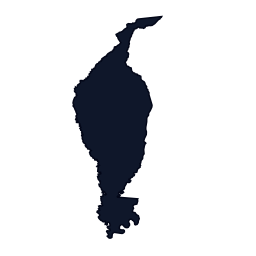 the district of Cumaral, Meta, Colombia, rotated 81°
{"feature_id": "7082276B27464538286793", "entity_name": "Cumaral", "entity_type": "district", "adm_level": 2, "iso_a3": "COL", "parent_name": "Colombia", "parent_adm1": "Meta", "projection": "robinson", "projection_center": [-73.341, 4.26], "detail": "fine", "context": "isolated", "style": "filled", "palette": "ink", "viewbox_px": 256, "rotation_deg": 81, "n_neighbors": 0, "source": "geoboundaries", "source_scale": "gbopen_adm2", "svg_char_len": 5938}
<svg xmlns="http://www.w3.org/2000/svg" viewBox="0 0 256 256"><g transform="rotate(81 128 128)"><path d="M23.2,77.3L22.0,101.1L22.3,102.0L23.3,103.1L24.4,103.3L25.8,105.6L25.1,106.7L25.8,108.0L25.0,111.4L25.4,112.5L25.8,113.0L28.4,113.0L29.1,113.8L29.9,116.0L31.8,118.5L32.2,120.3L32.2,121.6L32.6,121.9L33.7,125.1L35.4,124.8L35.5,124.0L38.3,123.7L42.6,121.7L44.3,123.6L44.6,124.8L45.9,126.9L45.8,127.8L46.1,127.8L45.8,128.2L46.1,128.8L46.6,128.7L47.1,129.2L48.6,129.8L48.6,130.4L49.4,130.8L49.6,131.6L50.3,131.9L50.2,133.2L51.5,136.2L53.4,138.3L53.8,138.1L53.9,139.6L55.5,142.9L56.5,142.9L56.7,143.6L57.6,143.9L57.6,144.7L58.3,145.6L58.5,146.5L59.2,146.7L59.7,147.3L59.7,148.3L60.5,149.6L64.1,151.7L63.8,152.4L64.5,152.9L64.5,154.5L66.2,154.7L66.8,156.3L67.7,155.8L67.4,156.0L68.0,156.4L68.5,157.8L69.6,158.1L70.4,157.9L71.2,158.8L71.0,159.5L71.5,159.5L72.0,160.3L72.3,159.9L72.5,160.3L72.4,160.9L72.8,161.1L72.6,161.4L73.0,161.4L72.7,161.8L73.3,162.2L73.3,162.8L73.8,163.8L74.3,164.1L74.5,165.2L73.9,165.9L73.7,167.7L74.2,168.0L75.0,167.6L76.4,168.3L77.5,170.7L77.9,170.5L78.5,171.5L79.4,171.5L79.8,171.9L79.9,172.7L79.4,173.3L79.7,173.3L80.9,174.7L82.3,174.3L83.1,174.6L83.1,175.0L83.7,175.0L85.3,173.7L87.0,173.9L87.6,173.4L88.3,174.2L89.2,174.5L89.4,175.6L89.9,176.1L92.3,177.5L94.7,178.4L96.6,178.0L96.9,178.4L97.3,178.1L97.8,178.7L99.4,177.8L102.0,177.3L102.4,176.8L103.7,176.9L106.1,176.3L106.4,175.8L108.1,177.5L109.3,177.2L110.8,178.0L110.7,177.4L111.6,177.9L111.6,177.2L112.2,177.3L112.3,177.6L113.0,176.9L113.5,177.5L113.6,176.9L114.5,177.7L114.7,177.1L114.5,176.5L114.1,176.7L114.2,176.2L115.5,175.5L116.6,174.9L117.0,175.4L118.2,174.9L118.5,175.6L119.9,174.4L121.0,175.5L121.4,175.1L122.9,175.0L123.1,174.4L125.2,173.9L125.4,174.5L126.3,174.4L126.3,174.8L126.7,173.7L127.5,173.4L127.8,173.6L127.5,174.0L127.8,174.2L127.8,174.8L128.4,175.0L129.2,174.4L131.4,174.9L133.7,174.2L134.1,174.6L134.7,174.5L136.3,173.6L136.8,172.7L137.9,172.4L138.8,172.9L139.3,172.2L139.9,172.5L141.1,171.2L142.3,171.1L143.0,169.1L143.9,168.4L144.6,168.8L144.7,168.1L146.2,169.8L146.7,169.8L147.4,169.2L148.0,169.6L148.7,169.2L149.5,169.2L151.1,167.4L152.3,167.2L152.5,166.3L153.0,165.8L154.3,165.8L154.6,164.8L154.3,164.6L154.1,163.7L154.4,163.4L155.1,163.6L155.5,163.0L156.1,163.2L156.4,162.5L156.7,162.8L157.4,162.4L158.7,163.4L159.6,163.1L160.2,162.3L160.4,163.0L160.8,163.1L160.6,164.2L161.2,164.8L161.9,163.3L162.5,163.4L163.0,163.9L166.2,164.7L166.9,163.8L167.3,163.7L167.4,162.0L168.9,162.0L169.2,162.4L169.2,163.1L168.7,163.5L169.2,164.0L169.0,164.4L169.5,164.4L169.7,164.9L171.3,164.3L171.6,164.7L171.4,165.6L173.9,165.4L175.9,164.3L175.9,163.8L176.3,163.6L176.8,164.1L177.9,163.9L178.9,164.3L179.3,164.9L179.1,165.5L180.3,165.4L181.0,165.3L182.8,163.9L184.5,163.8L186.0,163.1L186.7,162.1L187.3,163.4L187.5,163.1L188.0,163.3L188.1,162.5L187.6,162.2L187.7,160.9L189.1,160.5L190.0,159.8L190.6,160.6L190.5,161.0L190.0,161.0L189.2,162.6L189.9,163.1L191.6,163.5L191.6,165.5L193.3,165.4L193.7,165.9L194.5,165.7L195.4,165.9L197.3,165.1L198.4,166.0L200.4,165.2L201.0,166.2L200.3,167.6L200.6,169.2L202.4,168.8L202.9,168.9L203.1,169.5L203.6,169.0L203.9,169.5L204.8,168.9L205.2,169.5L205.2,171.2L206.2,171.8L208.9,169.5L210.1,169.6L211.3,171.2L212.8,170.8L215.0,169.2L215.6,168.2L216.7,167.3L216.9,166.3L216.2,165.1L216.5,164.6L219.6,165.6L219.7,164.8L220.5,164.1L219.8,163.3L218.3,163.4L218.0,163.2L217.9,161.9L218.6,161.2L221.3,160.8L221.9,161.4L222.1,163.6L222.9,164.0L224.4,163.1L224.9,162.4L224.9,161.8L226.3,161.6L226.8,162.3L226.2,164.8L226.9,165.3L230.1,163.9L231.2,164.4L231.6,165.4L233.4,164.2L233.9,163.3L234.0,162.2L233.5,161.0L230.2,160.1L229.4,159.2L228.9,157.9L231.0,151.2L231.2,149.9L230.8,148.8L230.0,147.8L228.7,147.7L228.0,148.4L227.5,151.1L226.8,152.0L225.5,152.3L223.4,151.5L222.5,150.2L222.5,148.9L223.0,148.2L225.1,146.9L225.9,145.9L226.3,144.6L226.1,143.3L224.3,141.7L223.0,141.5L221.2,142.1L220.2,142.0L219.5,141.7L218.6,140.6L218.5,139.3L218.8,138.6L219.9,138.0L220.2,137.4L221.7,136.4L224.3,136.4L224.8,135.9L224.6,134.1L223.1,132.8L221.2,132.3L219.4,131.1L216.3,131.5L214.8,133.3L212.7,134.3L212.3,135.6L211.4,136.8L209.3,136.0L208.3,135.1L205.8,135.5L204.7,134.1L204.5,131.2L201.6,129.8L200.3,129.9L199.5,129.4L194.7,149.2L194.0,149.3L193.5,148.7L194.0,147.4L193.5,146.4L192.8,146.4L191.6,147.6L190.7,147.5L190.1,146.9L190.2,146.1L191.4,145.4L191.8,144.6L191.6,143.7L190.8,142.4L190.2,142.7L189.9,145.3L189.3,145.3L188.6,143.0L187.4,141.2L185.5,140.7L183.0,138.6L181.8,138.2L181.6,137.3L182.0,135.2L181.4,134.0L180.2,133.5L179.7,134.1L179.4,135.2L178.8,135.2L178.1,133.5L177.3,132.4L177.2,131.4L176.4,130.9L176.0,129.4L175.2,128.9L174.2,129.7L173.4,129.4L172.9,126.2L170.1,125.0L168.5,122.1L167.4,122.2L167.0,121.5L165.0,121.8L164.6,121.0L162.2,120.2L160.6,118.4L158.0,117.8L156.7,117.0L156.1,116.2L151.8,115.9L148.1,114.6L146.2,113.5L146.0,112.9L145.3,113.0L144.3,114.2L143.1,114.4L140.9,113.4L137.4,111.0L134.6,110.4L132.1,110.7L129.9,110.3L124.9,108.6L121.5,108.0L120.1,107.4L118.7,105.8L116.3,105.2L114.4,103.4L111.0,101.2L109.2,100.7L98.5,102.1L96.3,101.8L94.5,102.6L93.2,102.5L91.8,103.7L90.1,103.1L87.8,104.3L86.3,104.3L84.9,104.9L83.3,106.8L82.0,107.6L78.9,107.3L77.5,109.4L77.4,110.5L76.5,110.4L76.1,110.8L75.9,112.3L74.8,112.9L74.4,114.2L72.2,115.5L69.2,115.5L68.3,117.4L67.4,117.8L66.9,119.1L66.2,119.7L63.6,120.2L62.7,120.8L60.4,118.5L58.7,118.2L58.3,117.7L58.4,117.2L57.7,116.6L56.6,116.6L55.8,116.1L54.5,115.9L53.9,116.1L52.7,117.4L51.4,117.1L50.5,116.1L48.8,115.4L48.0,114.5L46.9,114.5L45.0,113.5L43.1,113.6L41.0,112.3L39.6,111.9L37.7,110.3L36.1,109.8L35.3,108.8L33.3,108.0L32.7,107.0L31.3,106.6L31.1,104.5L30.5,103.8L30.6,103.2L29.9,102.4L29.9,101.6L31.0,100.6L30.8,99.9L31.2,99.4L31.3,98.0L32.0,97.1L31.5,95.6L30.2,94.7L30.2,93.4L29.7,93.1L30.2,92.4L29.9,91.4L30.3,90.2L30.4,88.2L29.1,85.3L25.8,81.1L25.1,79.3L24.5,79.2L23.9,77.8L23.2,77.3Z" fill="#0f172a" stroke="#020617" stroke-width="1.5"/></g></svg>